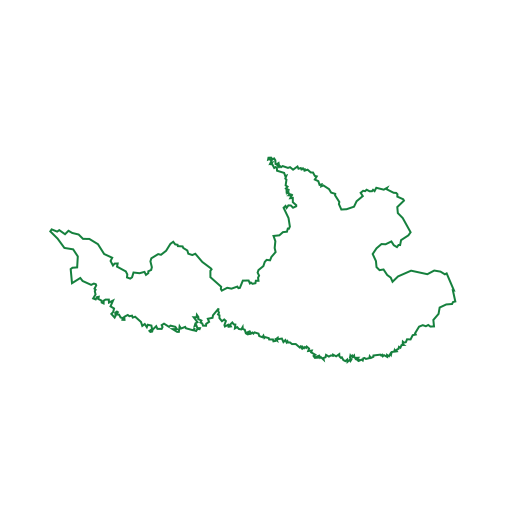 Tejupilco, México, Mexico, rotated 17°
{"feature_id": "50627088B9468705483198", "entity_name": "Tejupilco", "entity_type": "district", "adm_level": 2, "iso_a3": "MEX", "parent_name": "Mexico", "parent_adm1": "México", "projection": "orthographic", "projection_center": [-100.226, 18.891], "detail": "fine", "context": "isolated", "style": "outline", "palette": "green", "viewbox_px": 512, "rotation_deg": 17, "n_neighbors": 0, "source": "geoboundaries", "source_scale": "gbopen_adm2", "svg_char_len": 6145}
<svg xmlns="http://www.w3.org/2000/svg" viewBox="0 0 512 512"><g transform="rotate(17 256 256)"><path d="M351.0,335.4L350.2,333.9L352.1,332.5L351.9,330.1L355.1,330.9L356.8,329.1L358.7,329.0L358.5,327.8L362.0,328.5L364.3,325.5L365.1,327.6L367.0,328.6L367.7,327.8L370.0,330.0L372.2,330.4L373.5,328.4L374.4,330.5L375.9,328.0L377.0,328.9L377.5,327.0L375.6,325.7L375.4,323.7L376.2,324.4L377.0,323.1L378.0,324.3L378.9,322.5L379.7,324.2L381.7,324.9L381.5,324.1L383.3,323.5L382.3,325.4L384.2,325.1L383.9,326.1L384.8,326.4L387.3,324.2L388.6,324.7L388.5,322.5L389.6,321.8L391.2,322.3L394.3,320.5L394.1,318.7L395.7,319.9L397.7,318.1L397.4,316.8L403.7,314.0L404.8,314.6L405.5,313.6L406.6,314.8L407.4,313.4L410.9,314.1L410.3,312.3L412.5,312.9L413.1,310.2L414.0,311.0L413.8,308.2L416.1,307.0L416.1,305.9L416.8,306.8L418.5,306.0L417.3,305.1L419.4,303.1L419.3,301.1L420.9,301.5L421.2,298.7L423.3,297.9L422.1,297.5L421.5,295.0L422.8,295.6L424.5,294.6L424.8,291.5L428.2,290.6L429.0,285.9L431.7,284.4L430.7,283.4L432.6,275.9L435.7,273.4L439.0,273.5L440.9,271.6L443.4,272.5L446.8,271.3L444.3,265.3L447.5,258.0L446.7,251.6L452.1,246.7L457.5,244.6L457.9,242.4L459.9,241.2L454.3,231.3L455.4,231.1L443.4,216.9L442.0,218.3L437.0,217.0L430.7,217.8L425.2,223.3L408.6,224.7L397.8,234.0L394.1,240.7L391.2,237.3L387.0,235.8L381.9,231.6L378.3,233.4L374.5,231.4L372.2,225.8L367.0,220.0L369.0,213.4L372.5,207.9L376.5,206.9L381.2,202.5L384.6,205.4L388.2,206.3L389.1,203.8L390.6,203.4L390.1,198.4L395.7,191.7L396.9,188.1L385.2,176.8L379.1,173.5L376.8,167.9L381.3,159.8L380.2,158.7L373.8,157.9L373.2,155.6L371.6,154.7L369.1,155.3L361.1,153.9L361.4,152.5L358.8,155.2L351.1,155.6L350.4,159.3L348.6,158.5L348.0,160.1L345.8,160.9L342.4,160.3L341.4,162.1L339.4,162.3L337.6,165.0L340.6,167.5L336.2,174.2L335.3,180.2L328.9,184.8L324.0,186.6L320.1,182.1L319.9,180.0L313.9,174.9L313.6,173.4L309.3,173.4L306.3,170.7L299.8,168.8L298.0,170.3L297.8,168.3L296.0,169.4L293.7,166.2L289.9,165.7L290.8,162.1L288.8,162.2L286.1,159.5L284.0,160.1L280.1,158.4L277.6,160.1L277.2,158.8L276.0,159.4L275.2,158.5L274.1,159.9L273.1,158.8L271.1,160.1L269.5,158.3L266.2,162.6L262.6,161.1L260.8,162.4L255.2,162.2L254.0,163.7L252.6,163.0L252.0,164.3L250.3,163.2L251.2,162.1L250.4,160.5L248.9,162.4L247.8,162.3L246.5,158.8L244.8,157.4L243.6,158.8L241.7,157.5L239.2,158.4L239.4,160.2L240.3,159.4L243.0,160.3L242.6,163.4L244.1,162.2L243.7,163.8L244.8,163.6L247.7,166.5L248.8,165.2L250.1,165.5L251.2,168.3L258.6,168.3L260.7,171.1L261.6,170.3L261.4,173.4L262.8,174.1L263.7,179.8L265.9,180.5L264.9,182.7L266.6,183.0L265.8,183.6L266.6,185.9L267.8,184.8L267.7,186.6L268.6,185.9L269.2,187.0L271.3,187.0L270.1,188.3L272.5,187.8L271.9,190.7L274.2,189.7L275.5,193.8L279.6,195.6L279.9,196.7L277.3,199.0L274.6,197.5L272.2,198.1L271.2,201.1L269.6,199.5L268.3,201.8L276.0,210.2L279.8,218.0L279.5,220.3L278.4,220.5L278.5,223.7L274.8,225.3L272.3,229.4L266.9,231.7L270.2,236.2L271.5,242.9L273.6,246.5L271.0,252.4L270.7,256.0L267.3,256.6L266.1,259.1L266.0,263.5L262.5,268.7L262.4,271.4L264.7,273.9L264.3,276.1L265.6,279.0L263.1,279.7L263.4,282.2L260.8,283.6L258.9,282.9L258.2,284.0L256.1,281.6L250.6,283.4L249.9,291.2L248.6,291.9L247.1,290.7L242.1,294.4L237.8,294.8L233.4,299.1L232.0,297.8L231.7,295.6L218.6,289.6L216.7,283.5L217.4,281.7L216.4,281.0L206.4,277.4L197.3,271.6L194.8,273.7L190.6,273.6L188.7,270.8L184.1,269.6L183.0,268.3L178.4,269.4L177.7,268.2L175.3,268.5L172.7,266.6L170.6,269.4L168.5,277.3L164.8,282.6L161.9,282.8L156.6,288.8L156.6,292.0L159.7,297.2L159.8,300.0L157.5,302.1L158.0,303.9L156.3,306.2L154.0,303.8L149.7,306.5L143.7,307.6L143.7,312.6L142.3,314.4L138.9,314.2L138.3,311.2L136.0,308.8L126.2,306.8L125.9,303.6L123.0,304.6L122.0,306.9L118.4,303.3L119.0,299.7L110.2,298.5L101.4,290.9L91.6,288.4L85.6,290.2L80.1,287.3L73.5,287.7L69.3,286.7L67.0,291.0L60.3,288.8L58.7,290.8L52.8,290.3L52.1,292.6L61.2,297.4L70.4,304.3L79.2,303.1L85.7,308.5L88.3,319.2L83.9,320.9L82.6,322.7L88.0,335.8L94.4,328.4L97.5,330.6L106.8,331.8L109.0,329.8L111.0,329.8L111.8,330.8L111.1,334.5L112.5,335.2L112.1,336.7L113.8,339.7L112.7,344.2L115.4,344.4L115.9,341.9L117.5,341.0L117.7,343.2L121.3,343.8L122.0,345.6L124.1,345.9L123.4,343.3L124.8,341.7L128.0,340.7L129.0,343.5L132.3,340.4L131.6,346.7L135.6,347.7L135.8,351.3L134.6,353.7L138.8,356.2L139.2,354.2L138.0,351.4L139.2,349.8L140.3,350.1L139.4,352.8L142.2,352.1L144.5,354.4L146.6,354.2L146.9,356.1L148.9,355.5L147.8,352.7L150.6,349.9L152.5,350.6L154.9,349.3L156.1,350.9L158.2,349.4L165.3,352.7L167.7,356.1L169.5,353.6L172.4,356.0L172.6,353.4L176.3,353.1L178.0,356.3L176.0,358.8L177.2,359.5L178.8,358.6L178.7,356.7L181.1,352.3L183.0,354.5L187.1,353.3L187.4,351.3L186.0,349.7L187.8,347.6L193.6,349.2L194.5,347.6L199.5,347.3L201.7,349.0L197.7,350.3L202.7,351.6L204.4,351.1L203.5,345.6L205.5,347.3L209.0,344.5L210.1,345.6L217.5,345.4L218.6,342.8L218.2,345.2L220.7,345.2L221.3,342.8L223.4,342.5L223.5,341.4L221.0,342.1L219.2,339.7L217.8,340.9L217.8,338.1L219.4,336.4L214.3,332.8L217.1,332.0L216.7,329.6L218.7,331.2L219.2,333.2L222.7,333.7L222.3,335.8L224.3,336.2L225.7,338.1L228.6,337.3L228.2,335.4L230.4,332.7L228.3,330.1L232.5,327.8L232.2,325.3L235.6,317.1L235.8,319.5L237.2,321.1L236.8,323.0L238.4,323.4L239.2,326.1L242.5,328.3L244.2,326.0L246.2,327.0L246.0,331.3L246.9,332.5L249.4,330.0L250.4,331.7L252.6,330.7L251.2,329.3L252.8,326.5L254.7,327.9L256.3,327.6L257.0,331.4L258.8,329.5L260.9,330.8L263.4,330.5L264.0,327.9L264.7,329.7L266.8,329.8L268.9,332.9L270.9,333.4L272.3,332.6L269.7,331.9L272.0,329.9L273.9,331.7L274.9,330.3L276.2,331.0L276.9,329.5L281.1,329.5L282.5,331.6L285.9,331.8L286.4,330.0L287.9,332.0L288.6,330.9L292.2,330.8L293.0,332.0L296.6,330.9L297.6,332.5L299.3,331.6L299.1,330.2L300.9,330.8L299.8,329.1L300.7,327.8L301.3,329.1L304.9,327.4L307.4,330.3L308.7,327.8L310.5,329.7L311.0,328.3L311.9,329.4L313.7,328.7L316.2,329.7L319.8,328.6L324.6,330.7L325.1,329.5L327.3,331.2L327.8,330.4L326.6,330.1L326.7,329.1L328.9,330.1L329.4,328.8L330.8,329.2L331.0,327.8L333.8,329.0L333.7,331.6L337.0,330.1L336.9,332.0L341.5,333.1L340.3,334.8L342.1,336.2L345.7,334.8L343.7,334.3L345.6,332.8L347.1,334.6L347.7,333.8L351.0,335.4Z" fill="none" stroke="#15803d" stroke-width="2"/></g></svg>